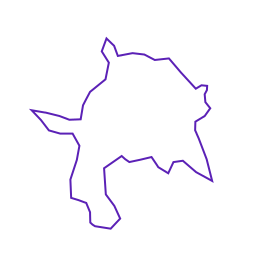 outline of Ağdam, rotated 74°
{"feature_id": "AZE-1691", "entity_name": "Ağdam", "entity_type": "District", "adm_level": 1, "iso_a3": "AZE", "parent_name": "Azerbaijan", "parent_adm1": "", "projection": "equal_earth", "projection_center": [47.008, 40.009], "detail": "fine", "context": "isolated", "style": "outline", "palette": "violet", "viewbox_px": 256, "rotation_deg": 74, "n_neighbors": 0, "source": "natural_earth", "source_scale": "10m", "svg_char_len": 1051}
<svg xmlns="http://www.w3.org/2000/svg" viewBox="0 0 256 256"><g transform="rotate(74 128 128)"><path d="M47.1,132.1L36.0,124.0L42.6,120.2L45.1,118.7L55.9,117.9L57.3,103.0L61.9,92.0L70.0,83.5L72.4,69.5L75.4,68.1L77.4,67.2L89.3,61.8L108.9,52.0L107.2,45.6L109.3,40.3L109.6,40.4L113.3,41.7L116.7,45.0L124.5,46.5L131.7,43.5L137.6,50.9L140.5,61.5L148.7,64.1L152.0,63.6L152.4,63.6L157.5,62.9L179.7,61.0L202.1,61.7L189.2,74.7L174.6,84.3L173.3,93.7L182.6,101.8L174.0,109.7L172.0,110.3L171.0,110.6L162.4,113.4L161.9,124.7L161.1,136.1L157.2,139.3L153.2,141.8L160.1,162.1L185.6,167.6L185.8,167.6L199.1,162.6L212.9,160.5L220.0,172.4L213.3,186.8L211.0,188.8L208.5,190.3L203.8,189.1L198.5,187.7L190.4,188.6L188.5,188.8L187.4,190.4L185.4,193.1L183.7,195.4L179.5,201.9L161.7,197.6L144.6,186.0L131.7,179.6L118.1,182.8L114.7,194.7L108.5,204.7L96.3,209.5L84.4,215.7L90.0,204.1L90.5,202.9L96.6,192.3L97.5,190.7L103.9,182.1L106.6,171.1L93.8,165.0L88.8,160.3L82.8,154.5L80.9,150.0L75.0,136.2L59.9,128.4L47.1,132.1Z" fill="none" stroke="#5b21b6" stroke-width="2"/></g></svg>